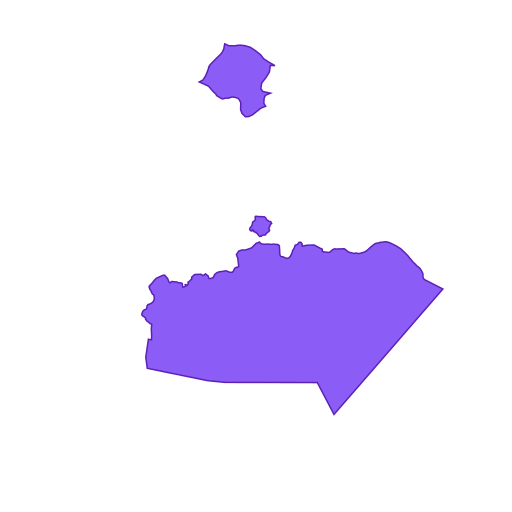 outline of Kota Sibolga, Sumatera Utara, Indonesia, rotated 131°
{"feature_id": "22746128B47009036461165", "entity_name": "Kota Sibolga", "entity_type": "district", "adm_level": 2, "iso_a3": "IDN", "parent_name": "Indonesia", "parent_adm1": "Sumatera Utara", "projection": "mercator", "projection_center": [98.783, 1.731], "detail": "fine", "context": "isolated", "style": "filled", "palette": "violet", "viewbox_px": 512, "rotation_deg": 131, "n_neighbors": 0, "source": "geoboundaries", "source_scale": "gbopen_adm2", "svg_char_len": 4785}
<svg xmlns="http://www.w3.org/2000/svg" viewBox="0 0 512 512"><g transform="rotate(131 256 256)"><path d="M333.5,314.5L338.4,316.7L341.2,316.8L341.9,316.8L343.3,316.7L344.9,316.6L346.0,316.7L347.0,316.7L348.5,316.9L348.9,316.7L349.2,316.1L349.6,316.2L350.8,314.2L351.0,313.2L351.4,312.0L351.6,311.5L352.2,310.8L352.2,310.2L352.6,309.5L352.6,309.0L352.5,308.0L352.8,307.3L352.9,307.1L353.2,306.5L353.9,305.9L354.9,304.7L356.1,304.2L356.3,304.0L356.9,303.9L357.9,303.7L358.5,303.7L359.1,303.8L360.3,304.0L361.3,304.4L362.5,304.9L363.0,305.4L363.5,305.7L365.4,305.4L366.6,304.5L367.4,304.1L368.3,304.1L370.0,305.0L371.2,305.2L371.5,305.2L372.8,304.9L374.3,304.3L374.9,303.9L375.4,303.4L375.6,302.7L375.4,301.3L375.3,299.5L375.4,298.7L375.8,298.0L376.3,297.7L376.3,297.2L376.7,295.8L376.6,294.5L376.4,293.6L376.5,292.9L376.6,291.6L376.0,290.5L375.9,289.9L379.5,287.4L380.0,286.9L380.4,286.5L385.1,282.0L387.9,279.9L389.4,282.6L404.7,272.8L412.1,264.4L400.3,243.4L381.8,210.7L371.5,196.2L363.7,187.2L353.8,175.8L311.3,126.7L324.4,93.2L308.7,93.2L255.8,93.2L193.0,93.3L178.7,93.3L167.1,93.3L158.3,93.3L163.2,113.1L163.2,114.2L162.8,115.7L161.4,117.0L159.8,118.5L158.6,121.3L157.7,124.3L157.9,128.4L157.6,131.1L157.5,134.0L157.1,135.8L156.7,138.8L156.2,141.3L156.0,143.7L155.8,146.4L155.6,151.6L156.3,156.3L158.0,163.0L159.2,166.0L160.2,167.5L161.4,168.7L163.1,170.0L164.0,171.2L165.5,171.8L166.7,173.0L168.5,174.2L171.7,174.9L173.8,175.3L177.1,175.6L180.2,176.1L182.3,177.0L186.4,179.7L187.6,181.4L188.1,182.5L189.8,183.7L191.1,186.4L192.3,188.7L192.4,191.4L192.4,192.3L192.6,193.4L192.5,193.8L192.9,194.5L194.1,195.7L195.5,197.2L196.8,198.7L198.1,199.9L198.9,201.3L200.7,202.3L202.9,202.6L205.2,203.0L206.3,204.5L207.8,206.6L208.7,208.1L208.9,209.1L207.4,210.4L207.5,211.4L207.9,212.1L208.3,214.0L209.0,216.7L209.3,218.5L209.7,219.5L214.3,224.5L216.8,226.5L218.2,227.6L216.5,229.3L216.2,231.3L217.5,232.5L220.0,232.3L221.0,232.8L222.1,233.5L225.2,232.3L228.0,231.9L229.5,231.0L231.7,230.4L233.7,229.9L235.9,230.0L237.5,231.1L238.3,232.9L238.9,235.1L240.1,237.0L239.6,238.5L238.0,240.2L236.0,242.0L234.5,243.6L233.1,244.9L232.8,245.8L233.0,247.1L234.4,248.9L235.7,250.8L237.0,251.9L238.2,253.3L239.1,254.8L241.1,256.8L242.8,258.9L243.4,260.5L243.2,262.6L244.3,263.1L246.4,264.2L248.8,264.4L252.3,264.6L252.9,264.8L255.7,266.3L258.6,268.1L260.6,270.5L263.6,272.3L267.8,271.7L269.8,268.1L271.1,266.7L272.0,265.7L272.6,265.1L275.2,262.2L276.8,262.5L277.3,263.4L279.5,264.0L281.8,263.2L283.9,263.2L285.7,265.5L286.4,268.0L287.2,269.3L290.1,271.6L290.7,272.2L291.9,273.3L294.1,274.5L296.2,275.0L297.6,274.9L299.1,274.5L300.3,274.1L301.7,274.9L303.3,275.9L303.8,277.1L302.5,278.8L302.6,282.4L305.5,283.0L305.8,285.4L307.7,287.5L309.9,289.9L311.0,290.3L311.4,290.3L314.0,290.7L315.0,290.0L315.5,289.4L316.9,289.6L318.4,289.6L320.0,290.1L320.5,290.1L321.3,288.9L323.4,288.7L323.8,289.0L323.5,290.2L324.1,290.6L324.7,289.5L325.4,289.5L326.1,289.9L326.9,290.2L327.6,290.6L327.0,291.6L325.1,293.7L325.4,294.7L327.2,297.2L327.4,298.5L329.2,300.9L330.3,302.7L331.3,303.1L332.7,303.2L332.7,304.6L331.0,307.9L330.4,312.2L331.2,313.3L333.5,314.5ZM155.5,352.9L151.5,351.2L142.2,349.5L140.0,348.8L136.7,346.9L135.6,350.3L134.1,351.4L131.9,353.2L128.6,354.3L123.6,351.9L127.4,358.9L126.5,362.2L121.6,365.2L114.7,365.5L108.3,366.6L102.8,370.2L99.9,366.6L101.4,374.2L102.1,379.7L101.1,384.4L101.4,390.9L102.2,397.2L104.5,402.3L107.3,406.4L110.1,409.0L111.1,409.7L114.0,413.1L115.0,414.2L116.4,418.8L121.0,416.1L124.6,415.1L127.4,415.1L132.9,415.6L141.6,416.1L145.2,415.6L144.2,415.4L149.8,413.3L152.9,412.3L157.9,411.5L161.9,413.0L160.3,407.8L159.0,403.2L159.9,397.2L160.1,394.1L160.1,392.7L160.8,390.9L159.7,384.7L159.0,384.0L156.2,382.0L155.3,380.6L151.6,378.3L149.8,375.5L148.7,372.5L149.8,369.1L150.7,367.7L155.7,363.6L157.6,360.1L157.9,355.4L155.5,352.9ZM230.1,262.6L228.9,262.3L227.7,262.6L227.1,263.6L226.9,264.5L225.6,264.8L223.6,265.4L222.9,265.8L222.3,265.9L221.9,265.7L221.7,265.5L221.2,265.5L221.1,266.0L220.9,266.7L220.5,267.0L220.5,267.6L220.9,268.2L221.4,269.2L221.5,269.9L221.3,270.4L221.6,270.9L221.7,271.8L221.0,273.2L220.8,274.5L221.1,275.8L221.9,276.3L222.2,277.0L222.5,277.3L222.8,278.1L223.4,278.5L224.1,279.2L224.5,280.0L225.0,280.3L225.1,280.9L225.7,281.6L226.2,282.3L226.9,282.4L228.5,280.9L228.9,280.3L230.4,280.3L232.3,280.7L232.7,280.8L233.7,280.1L235.4,279.2L236.2,279.0L236.7,278.9L238.2,279.0L239.0,278.8L239.8,278.5L240.3,277.8L240.4,276.9L240.3,276.0L239.8,275.7L239.2,275.7L238.8,275.8L238.4,275.8L238.4,274.7L239.2,274.0L239.1,273.7L238.6,273.1L238.5,272.4L238.6,271.8L238.1,271.4L238.3,270.8L238.3,270.0L238.9,266.2L237.7,265.0L236.2,264.8L235.4,264.3L234.8,263.5L233.8,262.7L233.0,262.9L231.3,262.9L230.1,262.6Z" fill="#8b5cf6" stroke="#5b21b6" stroke-width="1.5"/></g></svg>